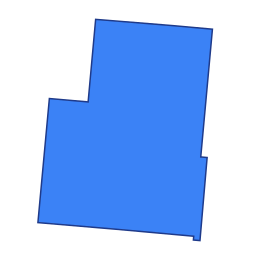 Olmsted, Minnesota, United States of America, rotated 275°
{"feature_id": "52423323B15462703536007", "entity_name": "Olmsted", "entity_type": "district", "adm_level": 2, "iso_a3": "USA", "parent_name": "United States of America", "parent_adm1": "Minnesota", "projection": "equal_earth", "projection_center": [-92.471, 44.015], "detail": "fine", "context": "isolated", "style": "filled", "palette": "blue", "viewbox_px": 256, "rotation_deg": 275, "n_neighbors": 0, "source": "geoboundaries", "source_scale": "gbopen_adm2", "svg_char_len": 349}
<svg xmlns="http://www.w3.org/2000/svg" viewBox="0 0 256 256"><g transform="rotate(275 128 128)"><path d="M22.1,202.9L22.1,209.5L105.5,209.4L105.5,203.0L233.8,203.5L233.9,164.3L233.4,86.3L150.5,86.0L150.5,47.1L109.1,46.9L70.2,46.7L25.9,46.5L26.1,124.7L26.0,163.7L25.9,202.9L22.1,202.9Z" fill="#3b82f6" stroke="#1e3a8a" stroke-width="1.5"/></g></svg>